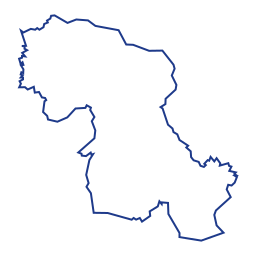 Charoen Sin, Sakon Nakhon, Thailand
{"feature_id": "78962969B64295862325828", "entity_name": "Charoen Sin", "entity_type": "district", "adm_level": 2, "iso_a3": "THA", "parent_name": "Thailand", "parent_adm1": "Sakon Nakhon", "projection": "albers", "projection_center": [103.51, 17.637], "detail": "medium", "context": "isolated", "style": "outline", "palette": "blue", "viewbox_px": 256, "rotation_deg": 0, "n_neighbors": 0, "source": "geoboundaries", "source_scale": "gbopen_adm2", "svg_char_len": 1787}
<svg xmlns="http://www.w3.org/2000/svg" viewBox="0 0 256 256"><path d="M19.2,87.3L25.0,87.2L27.7,89.5L33.8,86.8L34.8,92.6L39.0,92.0L41.9,97.4L45.1,98.0L46.2,100.1L44.5,101.3L43.1,112.0L47.2,115.9L48.0,119.5L57.4,121.7L67.3,117.4L75.5,108.5L85.4,107.9L86.7,105.3L90.9,107.6L90.2,110.0L94.4,117.0L91.8,121.2L95.3,130.4L94.4,138.3L78.3,152.5L81.5,153.7L81.8,155.6L86.0,156.1L90.7,152.6L91.4,154.6L93.1,154.1L89.4,160.0L86.2,174.9L88.6,183.1L86.5,186.8L90.9,193.2L93.7,212.8L107.7,213.0L131.7,219.7L133.6,218.0L136.1,219.6L139.8,218.0L142.0,221.6L150.2,215.9L149.7,211.4L157.8,206.4L159.4,201.3L161.7,204.1L161.9,202.4L168.0,202.9L168.4,214.0L179.5,233.0L179.5,237.1L201.3,240.6L223.5,232.7L216.6,225.4L214.3,214.9L215.9,210.5L230.7,197.1L226.7,189.4L228.2,184.8L231.6,185.5L234.7,182.6L236.9,177.0L234.8,175.7L236.5,175.4L234.4,173.9L235.8,172.4L229.3,170.9L231.4,166.6L229.1,165.9L228.3,163.2L219.8,165.6L220.3,163.4L216.6,158.2L214.3,161.4L210.6,156.9L209.2,160.7L207.7,160.1L204.3,163.8L205.8,165.1L203.9,166.9L200.5,165.8L198.7,161.9L193.6,160.3L191.1,157.1L190.7,151.3L186.3,147.5L188.1,145.7L179.5,140.0L177.3,134.3L173.5,132.1L172.5,128.5L168.0,124.7L162.6,108.5L160.6,107.1L165.4,104.1L165.6,98.8L175.6,89.6L176.4,84.9L171.8,75.5L174.6,68.7L173.5,64.7L162.4,50.6L149.1,50.8L133.1,44.8L126.2,44.5L118.6,30.2L95.4,25.9L88.0,20.4L76.3,19.5L67.5,22.9L54.6,15.4L51.1,15.8L50.3,18.6L47.0,20.6L47.8,22.5L44.2,24.0L43.5,27.2L39.4,29.7L37.2,28.1L35.2,29.7L30.8,28.9L23.4,32.5L21.0,30.7L26.0,45.8L21.8,46.0L24.7,46.3L24.5,48.7L27.1,50.2L22.2,52.9L25.1,56.4L22.0,56.0L22.0,57.7L19.1,58.7L20.6,63.8L22.5,62.2L23.4,64.9L21.0,65.4L23.4,69.3L23.2,73.1L21.4,72.3L20.7,74.5L22.7,75.3L20.8,77.5L23.0,77.6L23.0,79.4L19.6,81.2L20.9,83.7L19.2,87.3Z" fill="none" stroke="#1e3a8a" stroke-width="2"/></svg>